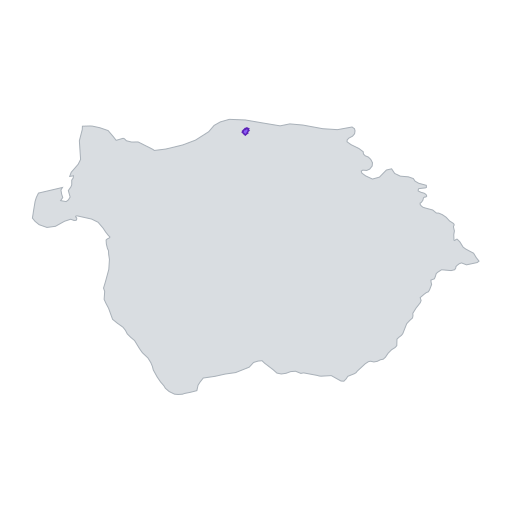 location of Furculesti, Teleorman, Romania, rotated 179°
{"feature_id": "2599482B14678556390111", "entity_name": "Furculesti", "entity_type": "district", "adm_level": 2, "iso_a3": "ROU", "parent_name": "Romania", "parent_adm1": "Teleorman", "projection": "natural_earth1", "projection_center": [25.141, 43.878], "detail": "fine", "context": "in_parent", "style": "filled", "palette": "violet", "viewbox_px": 512, "rotation_deg": 179, "n_neighbors": 0, "source": "geoboundaries", "source_scale": "gbopen_adm2", "svg_char_len": 4309}
<svg xmlns="http://www.w3.org/2000/svg" viewBox="0 0 512 512"><g transform="rotate(179 256 256)"><path d="M408.3,286.4L413.3,292.5L419.7,295.8L434.3,299.3L435.6,298.9L435.7,298.2L434.7,297.3L434.5,296.2L435.2,294.8L437.3,294.7L440.6,296.0L446.8,294.1L456.0,289.2L464.5,288.2L472.3,291.1L476.3,294.5L478.9,297.8L478.2,301.7L477.8,304.2L475.9,314.5L474.6,318.4L472.4,322.7L448.3,327.9L449.9,325.4L449.2,321.0L448.2,317.8L450.4,314.8L444.9,313.7L442.6,315.4L440.8,318.2L442.5,324.7L439.9,328.3L439.0,330.3L438.9,335.1L437.4,337.2L437.1,339.4L440.9,338.8L439.3,342.9L432.2,350.8L429.7,355.6L430.6,374.3L427.5,385.5L427.3,388.8L419.6,388.9L417.3,388.7L410.0,387.0L401.7,384.0L396.9,378.2L393.8,374.1L386.8,376.0L385.5,375.5L383.6,373.5L378.4,372.1L371.9,372.1L357.4,364.5L355.8,363.3L344.4,364.5L327.4,368.3L314.5,372.9L301.1,381.1L295.6,387.3L289.3,390.7L280.3,393.1L264.3,392.2L247.5,389.0L229.6,385.7L219.9,387.5L206.8,386.1L187.0,382.1L172.3,380.9L157.7,383.3L155.3,381.5L154.8,379.4L155.3,376.5L157.4,374.1L161.0,372.3L162.8,370.5L163.0,368.6L159.1,365.7L151.1,361.6L147.8,359.0L147.0,358.4L146.8,356.1L145.1,354.3L142.0,353.0L139.6,350.6L137.9,347.2L138.3,343.9L140.8,340.9L143.9,339.6L147.7,340.0L149.3,339.1L148.7,337.0L145.0,334.2L138.2,330.9L131.2,332.7L124.1,339.7L118.9,340.8L115.9,336.1L110.3,333.3L102.3,332.5L97.4,330.7L95.6,328.0L92.1,325.9L84.5,323.7L84.4,321.6L85.6,321.1L88.4,320.9L92.1,320.5L92.7,319.3L92.7,318.2L89.9,316.8L86.9,315.9L85.4,314.9L84.5,313.9L84.3,312.8L85.2,312.0L86.3,312.0L87.5,311.3L88.2,308.8L89.8,306.7L91.0,306.0L90.9,304.5L89.7,303.0L88.2,301.8L85.8,301.0L78.5,298.9L74.9,295.8L72.6,295.7L69.0,294.1L65.2,291.4L61.9,287.7L58.3,285.3L57.4,284.3L57.4,283.4L58.0,282.3L58.0,281.2L57.2,277.6L57.9,273.7L57.8,270.1L57.8,268.4L57.1,268.0L56.4,268.5L55.5,269.2L54.6,269.3L52.0,266.7L48.8,261.3L46.5,259.5L42.1,257.0L38.4,255.0L35.8,250.5L33.1,247.0L34.9,245.6L45.7,243.5L50.6,245.5L52.8,244.8L55.0,243.2L56.3,241.9L56.5,240.5L57.6,238.8L61.2,238.0L70.7,239.0L74.6,236.6L76.1,235.3L77.0,232.5L78.0,230.1L81.5,228.9L81.4,226.8L80.9,224.5L83.0,219.3L84.3,217.2L86.2,216.5L88.5,214.9L92.6,211.5L91.7,208.6L92.6,206.4L96.9,201.1L100.2,196.0L100.1,193.5L100.6,191.3L103.5,188.8L106.5,185.7L110.6,175.8L112.0,174.1L114.6,172.2L116.5,170.4L116.8,163.9L118.6,162.0L122.1,159.9L125.6,156.5L128.4,152.5L130.6,150.6L133.4,150.1L136.5,148.6L140.0,148.0L143.3,148.8L145.4,148.4L148.6,146.4L156.8,139.1L158.0,137.6L159.7,136.6L166.3,134.1L168.0,131.6L170.3,129.3L173.2,129.5L182.8,135.1L193.0,134.7L194.9,134.9L195.5,135.1L196.7,135.5L210.4,138.3L212.5,138.0L213.1,137.8L218.5,140.1L223.4,139.8L228.0,138.2L232.8,137.6L237.2,138.6L240.6,141.8L249.3,148.7L251.8,151.2L255.8,150.9L260.3,149.6L264.7,145.0L278.4,139.8L288.9,138.5L299.1,136.4L310.9,134.9L314.3,130.7L316.2,127.8L317.5,122.4L323.8,120.9L329.9,119.8L332.0,119.1L336.4,118.9L339.9,119.3L345.2,122.0L348.9,125.3L350.4,127.9L353.6,131.7L357.0,136.9L360.7,143.9L361.5,147.4L363.0,151.2L365.8,155.9L371.0,161.0L371.8,162.0L374.2,165.6L378.9,173.6L382.7,176.9L386.1,180.4L387.8,183.9L390.2,187.1L395.9,191.3L400.5,195.2L404.3,206.3L406.9,211.4L408.6,215.3L407.9,223.2L409.0,226.6L407.0,232.8L403.4,245.2L402.6,255.1L403.3,260.5L403.4,263.9L404.4,266.1L405.4,270.6L405.6,274.6L404.3,275.7L402.4,276.6L401.7,277.5L403.4,279.3L405.9,282.6L408.3,286.4Z" fill="#d9dde1" stroke="#a8b0b8" stroke-width="1"/><path d="M267.5,380.1L267.4,380.0L267.4,379.9L267.2,379.8L267.0,379.6L266.8,379.3L266.6,379.1L266.0,378.4L265.9,378.5L265.5,378.1L265.4,378.0L265.3,377.9L265.0,377.5L264.6,377.1L264.1,377.6L263.9,377.7L263.8,377.8L263.7,377.9L263.5,378.1L263.4,378.1L263.2,378.3L262.9,378.6L262.5,378.8L262.8,379.0L262.7,379.2L262.7,379.3L262.4,379.4L262.3,379.5L262.2,379.7L262.2,379.8L262.3,379.8L262.2,380.0L262.0,380.4L261.9,380.7L261.9,380.8L261.4,381.2L261.2,381.3L260.9,381.6L261.0,381.7L261.3,382.0L261.5,382.1L261.4,382.1L261.5,382.2L261.6,382.3L261.5,382.9L261.4,382.9L261.3,383.2L261.2,383.3L261.5,383.4L261.8,383.5L262.3,383.7L262.5,383.8L262.4,384.0L262.9,384.2L263.6,384.0L263.6,383.9L263.6,383.7L263.4,383.5L263.9,383.5L263.8,383.4L264.6,382.7L264.8,382.8L265.0,383.1L265.8,382.5L266.0,382.3L265.9,382.3L265.9,382.2L266.0,382.1L267.0,381.3L266.8,381.1L266.7,380.7L267.5,380.1Z" fill="#8b5cf6" stroke="#5b21b6" stroke-width="1.5"/></g></svg>